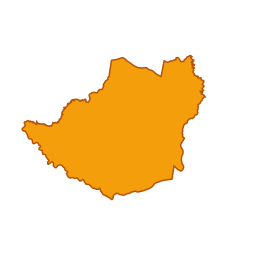 the district of Tapurah, Mato Grosso, Brazil, rotated 329°
{"feature_id": "56859067B52383005137557", "entity_name": "Tapurah", "entity_type": "district", "adm_level": 2, "iso_a3": "BRA", "parent_name": "Brazil", "parent_adm1": "Mato Grosso", "projection": "orthographic", "projection_center": [-56.556, -12.574], "detail": "fine", "context": "isolated", "style": "filled", "palette": "amber", "viewbox_px": 256, "rotation_deg": 329, "n_neighbors": 0, "source": "geoboundaries", "source_scale": "gbopen_adm2", "svg_char_len": 5716}
<svg xmlns="http://www.w3.org/2000/svg" viewBox="0 0 256 256"><g transform="rotate(329 128 128)"><path d="M148.7,61.5L138.3,74.0L137.1,74.3L136.5,74.7L136.0,75.5L135.6,76.1L133.6,76.0L132.6,76.3L130.7,77.6L129.9,77.6L129.2,78.1L128.5,79.7L126.5,81.2L126.0,81.5L125.2,81.4L123.5,80.4L122.8,80.5L121.4,81.0L120.9,81.5L119.8,81.9L119.0,81.6L117.4,80.0L116.4,79.5L115.0,79.2L114.2,79.4L112.3,79.3L111.7,79.8L111.3,80.5L111.0,81.4L111.1,82.4L110.8,83.1L110.1,83.6L109.5,84.4L108.9,84.5L107.9,85.3L107.1,85.4L106.5,84.8L105.6,84.3L105.4,83.7L106.4,82.4L106.4,81.5L105.8,81.2L105.1,81.5L103.7,81.4L103.7,80.4L103.0,80.3L102.4,80.6L101.8,80.0L100.9,80.3L100.2,79.8L100.3,78.6L98.4,76.6L95.7,75.6L95.6,76.6L95.0,76.2L94.8,75.5L94.3,75.1L93.1,75.7L92.9,76.5L92.3,76.7L92.1,76.0L90.8,77.0L90.2,76.4L89.7,77.0L89.2,76.7L88.8,76.1L88.2,76.5L88.1,77.4L86.9,78.1L86.2,77.8L84.5,78.7L84.2,77.7L83.6,77.4L83.4,78.0L83.6,78.6L83.2,79.1L82.6,79.5L82.1,79.2L81.6,79.6L80.2,80.2L79.6,80.6L79.0,81.2L78.7,81.8L79.0,82.6L78.2,82.5L77.8,83.3L76.6,83.9L76.2,84.6L75.6,85.2L74.7,85.6L73.6,85.2L73.3,86.0L72.5,86.2L71.9,86.5L71.8,87.2L71.2,87.3L70.8,86.7L70.4,87.3L69.7,87.2L69.2,86.7L68.9,85.9L67.2,85.8L66.5,84.7L65.8,85.3L65.3,85.9L64.5,86.2L63.5,87.0L62.4,85.9L61.4,86.0L60.6,85.1L59.9,84.6L59.1,83.5L59.2,82.7L58.4,82.6L57.9,81.9L58.1,81.1L55.7,80.1L55.4,79.4L54.6,79.3L54.1,78.5L53.2,77.8L53.0,75.6L51.6,77.9L50.9,77.5L50.8,75.9L50.2,75.2L50.2,74.3L49.8,73.7L49.3,74.4L48.5,73.1L48.0,72.0L47.0,72.2L46.7,71.7L46.8,71.0L45.7,69.8L44.2,70.2L42.5,69.6L41.9,69.8L41.6,70.6L41.7,71.4L41.0,73.1L40.2,73.5L37.8,73.9L37.1,74.1L36.6,74.5L36.5,75.6L36.9,76.5L38.2,78.2L38.4,79.7L38.4,81.4L37.4,85.4L37.7,86.2L38.1,86.7L38.9,87.1L39.4,87.7L39.6,88.5L39.5,89.5L38.7,91.4L38.6,92.1L38.9,92.7L39.5,93.1L40.3,93.2L41.6,93.2L42.4,93.5L42.9,94.0L43.1,94.9L42.8,96.6L43.6,97.6L43.8,98.5L42.9,99.1L42.0,99.3L41.4,99.6L40.9,100.1L40.8,100.8L41.5,101.7L42.2,102.2L42.7,102.9L42.7,103.7L42.2,104.4L41.7,105.9L41.6,106.6L42.0,107.0L43.2,107.8L43.4,108.7L43.0,110.3L43.0,111.5L43.2,113.6L43.5,114.6L43.3,115.5L41.8,115.7L40.7,117.5L41.1,118.0L41.7,118.1L42.9,118.1L44.9,117.9L45.5,118.0L46.1,118.8L46.0,119.6L44.8,121.5L44.6,122.1L44.9,123.7L45.2,124.5L46.0,125.0L48.1,124.2L48.9,124.1L50.7,124.6L51.5,125.1L52.0,125.8L52.2,126.4L52.4,128.0L52.9,129.4L52.5,131.7L52.7,132.2L53.5,133.6L53.6,134.4L53.2,135.0L52.6,135.1L51.9,135.3L51.7,135.9L51.7,137.3L51.5,138.2L51.6,139.1L51.8,139.7L52.5,141.0L53.0,141.3L54.4,141.6L55.3,142.3L56.3,143.6L56.8,144.0L58.1,144.3L58.6,144.7L59.0,145.9L59.2,147.7L59.6,148.7L61.1,149.2L62.0,148.9L62.9,148.9L63.2,149.7L63.0,152.3L63.0,154.3L63.6,154.9L65.1,156.0L65.6,156.7L66.1,158.3L66.3,159.7L66.5,160.6L67.0,161.5L68.2,162.6L69.3,164.1L70.3,164.9L71.1,165.2L72.5,165.1L72.7,166.1L72.1,167.6L72.4,170.7L72.3,171.4L72.4,172.1L72.7,172.7L73.8,174.2L76.4,178.6L76.9,180.4L77.3,181.1L78.2,180.9L79.7,179.8L80.5,178.5L81.1,178.2L83.1,178.1L84.8,178.3L85.6,178.7L85.9,179.2L86.1,179.9L86.5,180.6L88.9,182.7L90.2,183.5L90.8,183.7L92.4,183.7L93.4,183.8L95.4,184.7L96.9,184.9L98.0,184.7L98.6,184.9L99.4,185.4L101.1,185.5L101.9,186.2L102.5,187.1L103.9,188.1L104.5,188.4L106.2,188.7L107.6,189.3L109.3,189.8L110.2,189.8L112.5,190.4L115.5,190.9L118.9,190.7L120.3,190.2L121.2,189.6L123.2,189.4L124.1,189.5L131.2,191.0L139.4,194.5L147.8,184.3L149.2,189.0L150.8,191.8L151.9,192.2L153.3,192.0L155.2,190.6L155.6,190.2L156.0,189.2L156.0,187.7L156.2,185.6L157.6,182.4L158.9,180.7L160.2,179.3L161.5,178.6L162.2,178.0L163.2,176.3L163.6,175.3L163.6,172.0L164.0,170.4L164.6,169.4L165.5,168.9L166.7,167.9L167.3,167.9L168.3,167.3L168.9,167.1L169.7,166.3L170.7,166.3L171.1,165.8L170.7,164.2L170.2,163.6L170.8,162.9L171.4,161.8L171.8,161.3L171.9,160.3L172.4,159.4L173.1,159.1L173.5,158.6L173.9,157.6L174.6,156.7L175.4,156.1L177.0,154.6L177.9,154.1L179.1,153.9L180.6,154.1L181.4,153.9L182.8,152.5L185.0,151.9L186.9,152.2L187.6,152.6L188.0,153.0L189.0,153.0L190.2,152.7L192.3,151.4L193.0,151.8L193.9,151.9L194.8,151.7L195.3,151.3L195.8,150.6L196.3,148.9L196.8,148.5L197.5,148.1L198.4,147.0L199.0,145.8L199.3,144.9L200.1,144.2L201.0,144.2L201.6,143.8L202.9,143.8L203.4,143.2L204.2,142.7L205.2,142.6L206.6,141.8L207.2,141.2L207.8,141.2L208.5,140.7L209.4,140.7L210.2,141.1L210.2,140.0L209.9,139.0L209.0,137.5L208.5,137.1L208.7,136.4L210.0,136.3L210.4,135.5L209.7,134.9L209.0,135.2L208.6,134.6L208.9,133.6L210.1,134.5L211.1,134.7L212.1,134.6L211.8,133.5L211.7,132.6L213.8,131.7L214.7,131.4L214.6,130.5L214.2,129.2L214.7,128.5L216.4,127.9L217.2,126.6L216.9,126.0L216.3,125.6L215.8,124.7L215.9,123.6L216.3,122.5L215.7,122.1L215.0,122.1L214.3,121.6L213.8,121.1L214.1,120.4L214.7,120.0L214.4,119.4L213.5,119.0L213.0,118.4L212.9,117.6L212.3,117.1L212.4,116.4L212.7,115.7L212.5,113.7L212.9,112.9L213.7,112.6L214.3,111.9L214.6,111.1L215.2,111.0L215.8,110.8L215.6,110.2L214.2,109.4L214.6,108.8L215.4,108.5L217.0,108.5L217.5,108.0L217.0,107.6L216.4,107.4L215.6,107.4L215.3,106.6L216.2,105.9L217.1,105.9L216.9,105.0L216.1,104.4L216.6,103.7L217.9,104.0L218.6,104.4L219.3,103.7L218.9,103.0L218.4,102.6L218.3,101.9L217.9,100.7L218.0,99.8L218.8,99.8L219.5,99.9L219.2,99.2L219.1,98.3L218.5,97.9L217.8,97.8L216.4,97.9L215.2,97.6L213.4,98.4L212.5,98.5L211.7,98.5L211.1,98.7L210.2,99.7L207.4,98.1L207.5,95.2L207.5,94.5L207.0,93.2L205.8,92.8L205.1,92.8L204.6,93.7L203.9,94.1L202.3,93.3L201.1,93.5L200.3,93.3L199.4,92.6L198.8,92.4L197.0,92.4L195.9,92.1L194.8,91.1L194.1,89.7L193.5,89.1L186.0,97.5L182.7,100.9L180.2,96.7L178.6,91.8L177.8,90.6L176.2,89.0L175.6,87.9L175.1,86.3L174.3,85.4L171.1,84.0L169.3,82.7L167.4,81.1L166.1,79.3L164.8,77.0L163.5,73.8L161.6,69.7L161.1,67.7L160.4,65.9L159.1,64.7L153.9,63.5L148.7,61.5Z" fill="#f59e0b" stroke="#b45309" stroke-width="1.5"/></g></svg>